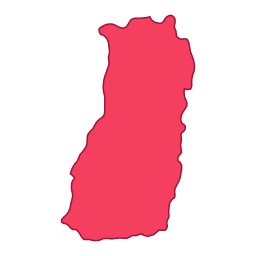 the district of Vargem Grande do Rio Pardo, Minas Gerais, Brazil
{"feature_id": "56859067B74377484485590", "entity_name": "Vargem Grande do Rio Pardo", "entity_type": "district", "adm_level": 2, "iso_a3": "BRA", "parent_name": "Brazil", "parent_adm1": "Minas Gerais", "projection": "equal_earth", "projection_center": [-42.301, -15.332], "detail": "fine", "context": "isolated", "style": "filled", "palette": "rose", "viewbox_px": 256, "rotation_deg": 0, "n_neighbors": 0, "source": "geoboundaries", "source_scale": "gbopen_adm2", "svg_char_len": 2776}
<svg xmlns="http://www.w3.org/2000/svg" viewBox="0 0 256 256"><path d="M174.6,197.5L175.0,194.6L174.6,192.1L175.0,188.7L176.0,186.6L176.9,184.7L178.8,181.3L179.9,178.4L180.6,175.4L181.0,172.1L181.6,169.8L181.6,165.2L180.0,162.2L178.0,160.8L177.8,157.3L179.9,154.5L181.6,152.3L181.0,148.6L180.6,144.6L181.4,140.5L181.2,136.9L180.9,133.7L183.4,131.5L185.1,129.4L185.3,126.2L183.8,124.5L182.2,123.4L181.1,121.5L180.7,119.1L181.2,116.2L182.2,113.4L183.7,110.9L185.3,108.4L186.8,105.9L186.9,102.6L185.7,99.7L184.6,97.0L184.0,92.5L184.4,88.9L186.9,89.5L190.7,89.0L191.7,86.3L191.7,82.3L191.7,79.5L192.6,75.2L193.8,71.8L194.5,68.7L194.5,65.1L193.9,62.0L193.3,59.4L192.1,56.1L190.8,52.7L189.9,49.1L189.3,45.1L188.5,41.7L186.9,39.1L184.1,38.8L181.2,39.3L178.8,38.2L177.1,37.0L176.3,34.9L176.0,31.4L175.0,29.0L174.3,26.4L175.0,23.0L175.1,19.5L173.9,17.1L172.1,15.7L170.4,15.4L168.6,15.8L166.6,17.0L164.8,19.2L163.4,21.6L161.5,23.2L159.7,23.4L157.7,23.0L156.0,22.6L153.9,21.8L151.5,19.8L149.8,16.7L147.3,17.5L144.6,17.8L142.5,18.1L139.0,18.2L135.4,18.2L133.3,18.6L130.9,19.8L129.7,21.6L128.1,24.3L126.4,26.8L124.4,27.9L121.9,28.1L120.2,27.5L118.0,26.7L116.1,25.6L114.4,24.8L112.5,24.1L109.5,24.0L107.3,24.3L105.1,25.0L102.5,26.3L100.4,27.6L99.0,29.2L99.3,32.0L100.7,34.5L103.3,35.1L105.2,36.8L107.0,38.8L108.4,42.3L108.8,44.7L109.0,47.1L109.4,50.0L109.4,52.9L109.0,55.2L108.4,57.4L108.7,60.1L109.1,62.6L108.7,65.6L107.4,68.9L106.5,71.9L105.7,74.0L104.7,76.6L103.8,80.5L103.4,83.8L103.2,87.0L103.4,90.1L103.8,92.5L104.5,95.3L104.9,98.5L104.8,101.4L104.8,104.2L104.8,107.2L104.7,110.7L104.5,113.5L103.6,116.1L101.7,117.6L99.5,119.3L97.9,120.7L96.4,122.5L94.7,125.4L92.6,129.0L90.2,131.4L88.5,133.5L87.3,136.0L87.3,139.4L86.9,144.0L85.9,147.0L84.4,149.2L82.9,151.3L81.5,152.9L79.8,155.0L78.5,158.2L77.4,161.0L75.7,162.9L74.3,164.7L73.2,166.6L72.1,168.6L71.2,171.1L70.3,173.7L72.5,175.5L74.8,177.9L73.0,180.2L71.8,182.7L71.4,186.9L71.7,190.4L72.5,193.7L72.6,196.7L71.9,199.7L70.7,204.4L70.0,208.4L68.3,212.2L66.1,215.1L63.7,217.2L61.6,219.6L61.5,222.1L63.5,223.3L66.1,223.8L68.9,225.7L70.6,228.1L72.8,229.5L76.2,229.6L78.3,231.8L79.8,233.8L81.2,236.3L82.5,238.1L84.0,239.5L86.5,239.5L88.8,239.4L91.2,240.0L93.6,240.6L95.7,240.6L98.7,240.4L101.1,239.6L103.2,238.6L106.5,238.5L109.5,238.6L111.9,238.9L114.0,238.5L116.5,238.4L119.3,237.9L122.5,238.1L124.5,238.3L126.6,238.4L129.2,237.2L131.7,235.8L133.6,235.5L135.4,235.6L137.1,235.4L139.4,234.2L141.9,234.1L143.5,235.1L145.4,235.7L147.6,236.4L149.9,235.8L151.8,235.1L153.5,234.7L155.3,233.3L157.1,231.8L158.9,230.2L162.4,230.2L165.1,230.3L166.7,228.5L167.3,226.2L166.7,222.5L167.7,219.4L168.8,217.4L169.0,214.9L168.6,212.1L168.8,209.5L169.2,205.4L170.1,202.2L171.8,199.7L174.6,197.5Z" fill="#f43f5e" stroke="#9f1239" stroke-width="1.5"/></svg>